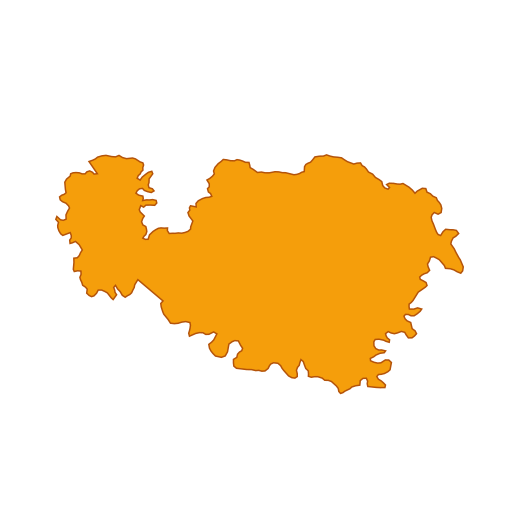 Curitibanos, Santa Catarina, Brazil (Natural Earth projection), rotated 283°
{"feature_id": "56859067B5132572853524", "entity_name": "Curitibanos", "entity_type": "district", "adm_level": 2, "iso_a3": "BRA", "parent_name": "Brazil", "parent_adm1": "Santa Catarina", "projection": "natural_earth1", "projection_center": [-50.624, -27.278], "detail": "fine", "context": "isolated", "style": "filled", "palette": "amber", "viewbox_px": 512, "rotation_deg": 283, "n_neighbors": 0, "source": "geoboundaries", "source_scale": "gbopen_adm2", "svg_char_len": 6099}
<svg xmlns="http://www.w3.org/2000/svg" viewBox="0 0 512 512"><g transform="rotate(283 256 256)"><path d="M153.5,386.2L158.0,385.6L160.8,387.7L161.7,391.0L159.2,392.9L156.5,393.1L154.0,394.3L155.0,402.7L155.7,406.7L156.8,411.2L159.4,411.2L161.0,408.8L162.4,406.2L163.5,402.9L165.8,400.8L168.1,402.0L168.9,404.6L170.4,407.6L172.9,410.5L175.3,412.2L182.7,411.9L184.5,408.8L183.8,405.4L180.0,401.7L179.0,398.6L179.0,394.9L179.7,391.2L181.9,390.4L184.2,393.3L186.5,395.2L189.1,398.7L190.6,402.7L192.7,403.6L192.7,399.5L192.0,396.8L192.7,393.5L195.1,391.1L198.9,390.1L201.5,390.9L202.6,394.6L202.7,399.4L202.1,401.8L201.9,405.2L204.4,405.0L205.7,402.3L207.5,400.7L209.5,399.7L212.1,401.8L211.4,404.8L211.4,408.3L212.8,411.0L215.2,414.6L215.1,418.1L212.9,420.1L210.5,422.9L211.4,426.5L213.7,428.4L216.4,429.9L218.9,427.8L220.3,424.5L226.0,421.7L226.8,417.8L228.4,415.3L230.7,413.7L232.7,414.8L233.3,417.6L232.6,420.5L233.3,423.5L236.0,426.1L239.1,428.4L241.6,429.4L241.8,425.1L239.7,421.6L238.8,417.4L241.1,416.5L243.6,416.0L245.6,417.7L248.0,419.0L257.3,422.2L263.7,428.0L265.7,429.3L268.4,427.7L269.4,424.6L270.2,421.3L272.3,420.2L274.5,421.7L276.4,423.7L278.2,426.6L281.1,428.4L284.4,426.0L286.8,424.9L290.1,426.0L294.1,426.3L295.3,429.2L294.5,432.6L293.6,435.5L289.1,441.6L286.6,443.4L287.3,448.2L287.0,452.0L285.9,455.5L285.3,459.4L288.0,460.7L292.0,460.4L298.2,455.9L300.1,453.9L304.7,449.8L307.5,447.6L311.6,443.1L314.5,443.1L318.0,444.0L320.1,446.2L323.5,448.4L326.0,445.5L325.9,442.3L325.2,438.9L324.7,434.8L321.8,432.8L317.5,431.3L317.9,428.6L319.6,426.8L322.3,424.8L327.0,421.7L329.9,419.5L333.1,418.0L335.8,418.3L338.5,419.9L337.7,424.0L340.0,426.6L344.1,426.3L347.4,424.6L349.4,422.5L351.0,420.2L353.3,418.6L354.1,414.8L355.9,411.9L356.7,408.2L359.9,406.3L359.4,402.8L355.5,398.5L352.9,396.8L355.4,393.5L357.5,389.6L359.7,382.9L358.4,380.3L357.9,377.5L357.7,373.7L356.9,369.5L355.0,367.2L352.8,370.7L350.8,369.6L351.3,366.1L353.2,363.6L356.8,361.8L358.2,358.6L359.4,354.7L362.0,351.2L363.1,346.7L365.6,344.0L367.2,341.7L367.9,339.1L370.2,336.9L369.2,333.5L367.6,330.6L368.5,323.8L369.7,320.3L370.9,317.3L370.6,313.4L370.0,309.3L370.0,305.7L370.4,302.0L368.5,299.2L367.5,295.3L365.8,291.1L362.3,289.5L359.6,288.0L358.2,285.9L356.4,284.0L354.0,283.2L349.1,284.0L347.9,281.7L346.1,279.8L344.7,277.4L343.7,274.7L343.8,266.1L343.1,262.8L343.1,259.4L342.4,255.6L340.0,250.2L339.1,246.1L339.0,242.4L337.7,238.6L339.7,234.0L340.8,230.4L343.0,229.5L345.6,228.1L344.9,224.5L345.5,221.7L345.8,218.5L345.6,215.8L343.9,213.6L343.1,209.6L343.1,205.9L342.7,202.4L340.3,200.8L337.5,198.4L333.1,196.1L329.3,195.5L326.6,196.9L323.9,195.6L321.2,193.5L319.0,191.1L315.9,194.2L312.9,194.9L310.7,193.6L307.7,195.2L306.6,197.7L304.2,199.5L302.7,197.1L301.7,193.9L299.9,190.9L296.8,187.3L293.7,185.7L290.4,186.7L290.2,180.9L288.0,180.3L285.8,181.2L283.0,179.9L279.9,181.8L275.9,186.6L269.7,185.8L267.5,186.2L264.8,184.3L263.0,181.6L261.5,178.5L261.0,175.1L259.9,172.1L259.3,169.3L258.4,166.4L260.8,163.9L263.4,163.5L262.5,160.4L262.0,157.1L261.0,154.6L258.9,152.2L256.8,150.2L252.7,147.5L248.0,147.1L247.3,144.4L247.9,141.7L250.2,142.5L252.1,143.8L255.3,144.1L257.8,143.1L259.9,142.0L260.8,138.8L263.6,136.8L267.1,137.2L269.8,138.2L272.9,133.2L274.9,131.8L279.2,132.4L278.3,135.5L280.8,137.3L281.9,141.7L282.6,145.9L285.3,147.4L287.7,146.2L287.7,142.5L286.7,139.8L286.0,136.5L284.5,133.1L286.7,133.2L288.9,132.3L288.9,128.0L290.2,124.9L292.9,125.6L295.3,127.4L296.3,130.2L294.8,132.4L294.3,135.9L294.3,139.7L296.5,142.0L298.2,139.9L298.5,136.3L301.1,135.0L303.5,135.2L307.1,134.5L312.9,136.9L315.1,135.4L313.4,132.4L310.9,130.2L307.3,127.4L303.9,126.0L305.0,122.7L307.9,123.2L309.9,124.7L312.1,125.1L314.2,126.5L316.6,125.8L319.4,126.0L321.3,124.8L321.6,121.9L323.5,116.7L323.7,113.7L321.7,107.9L321.9,103.7L323.2,99.9L321.0,96.9L320.4,93.0L320.3,87.2L318.9,83.3L316.7,79.4L314.5,77.7L312.5,75.2L310.5,72.0L300.5,82.9L299.4,79.8L300.8,77.8L301.5,74.8L300.0,72.3L297.6,71.0L296.9,68.1L297.3,65.1L296.8,61.8L295.9,59.0L294.4,56.9L292.1,57.0L288.3,54.1L284.9,53.1L278.1,55.3L274.9,56.7L273.0,55.3L271.5,53.0L269.4,51.3L266.7,52.6L265.4,55.2L264.7,59.0L262.7,62.1L260.8,63.5L257.3,62.4L253.3,61.6L249.2,62.7L247.4,60.2L247.3,57.3L249.7,53.1L246.7,52.7L244.4,56.0L241.2,55.9L239.1,56.5L236.2,58.3L233.7,60.7L232.6,63.1L237.0,69.7L234.4,71.4L232.0,71.9L229.6,70.9L226.4,72.0L227.6,74.2L229.6,76.8L227.3,81.1L222.8,85.4L219.8,84.3L216.7,83.7L214.1,82.3L212.9,79.0L208.6,80.1L201.9,81.0L200.0,82.4L201.5,85.6L201.9,88.8L198.8,89.7L195.6,89.2L193.5,90.3L191.1,92.2L188.5,93.7L187.3,96.9L185.7,99.0L181.7,99.4L180.0,102.3L179.4,104.9L180.7,107.1L183.8,109.0L187.3,109.9L188.1,113.3L187.4,116.8L186.6,119.5L182.6,124.4L181.4,126.6L186.9,128.9L188.9,126.8L191.0,126.0L193.3,124.4L195.8,125.7L192.8,128.5L190.8,131.6L187.6,134.6L186.4,137.8L188.5,139.8L190.1,141.7L192.2,143.1L194.8,143.6L197.9,144.4L200.7,144.3L206.4,146.2L191.3,175.5L188.3,173.9L185.1,175.1L180.7,177.7L178.6,179.2L174.4,184.6L171.3,187.8L171.7,191.6L172.9,195.2L174.9,198.6L176.3,202.3L176.3,206.6L173.8,207.7L170.8,208.0L168.3,208.0L165.6,207.8L162.9,209.2L167.0,214.7L168.6,218.1L169.3,221.6L168.3,224.6L169.1,227.7L172.5,231.8L171.3,235.4L164.7,233.7L162.0,232.1L159.3,229.9L155.7,231.4L153.3,233.5L151.3,236.0L149.4,239.0L149.5,245.1L151.7,248.5L156.2,249.8L164.1,249.4L167.1,252.0L168.8,254.3L169.3,257.9L165.5,261.1L163.1,263.7L160.5,263.4L158.7,261.5L156.2,260.1L152.9,260.1L150.2,257.3L146.7,258.1L143.7,259.2L142.2,262.2L143.3,272.5L144.3,277.2L144.3,281.5L145.2,284.4L145.1,287.6L146.0,290.6L149.1,293.1L152.1,293.8L154.1,294.7L155.9,297.1L156.4,301.5L154.7,304.7L152.5,306.6L150.7,308.8L146.5,314.7L145.5,318.2L145.8,321.4L147.8,323.3L150.5,322.7L153.8,321.1L156.9,321.5L159.2,322.7L161.7,322.7L165.2,323.1L163.8,325.8L160.7,327.7L157.6,329.8L155.9,332.7L152.9,333.7L150.6,334.1L150.3,337.1L151.5,340.0L152.3,343.4L151.9,348.0L150.4,350.9L151.1,354.5L150.7,357.7L147.5,363.5L145.5,365.9L142.6,367.2L141.1,369.3L142.4,371.4L144.3,373.0L147.8,377.4L149.9,378.8L152.0,382.3L153.5,386.2Z" fill="#f59e0b" stroke="#b45309" stroke-width="1.5"/></g></svg>